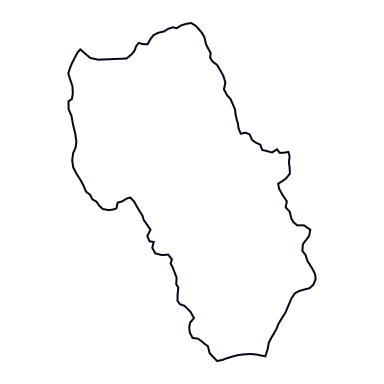 Antônio Cardoso, Bahia, Brazil (Natural Earth projection)
{"feature_id": "56859067B95961729837153", "entity_name": "Antônio Cardoso", "entity_type": "district", "adm_level": 2, "iso_a3": "BRA", "parent_name": "Brazil", "parent_adm1": "Bahia", "projection": "natural_earth1", "projection_center": [-39.143, -12.384], "detail": "fine", "context": "isolated", "style": "outline", "palette": "ink", "viewbox_px": 384, "rotation_deg": 0, "n_neighbors": 0, "source": "geoboundaries", "source_scale": "gbopen_adm2", "svg_char_len": 2223}
<svg xmlns="http://www.w3.org/2000/svg" viewBox="0 0 384 384"><path d="M310.3,229.7L303.9,225.3L297.1,225.3L293.5,222.2L291.3,218.5L289.7,211.8L285.7,207.3L286.8,201.3L282.4,194.7L279.0,188.5L278.2,183.6L281.8,181.5L286.0,178.5L289.9,173.6L289.6,167.3L288.9,162.4L289.6,156.2L288.3,151.9L283.6,152.8L279.6,152.8L277.0,149.3L272.0,152.5L266.4,150.9L262.2,150.0L260.3,144.7L255.4,142.4L251.9,139.7L249.7,134.5L245.6,132.7L240.7,133.7L238.5,128.1L237.9,123.5L236.5,118.8L235.5,114.1L235.1,109.7L233.1,104.9L230.5,99.0L227.1,95.3L223.9,89.3L225.4,82.7L223.3,75.8L220.1,70.0L217.1,65.0L212.5,61.5L210.1,57.5L210.7,53.2L208.4,49.0L206.0,44.1L204.4,37.3L202.0,32.9L198.8,29.2L195.8,25.9L191.2,23.0L186.0,23.9L181.0,25.5L176.7,28.2L172.9,27.3L168.2,28.8L163.9,31.5L158.1,32.8L153.5,35.2L150.7,38.6L147.5,44.3L142.3,44.0L138.8,42.9L136.1,46.2L134.6,50.6L131.8,54.1L126.6,58.5L98.4,59.7L90.3,58.0L80.3,49.4L77.7,52.3L74.9,57.5L71.9,63.4L69.9,68.3L68.3,73.6L70.1,79.2L72.5,86.5L72.8,93.7L71.9,99.0L68.5,101.3L68.6,109.2L71.5,116.0L72.7,122.8L73.7,127.4L75.3,134.0L76.4,141.8L75.7,147.2L73.1,153.3L72.2,160.3L73.2,167.3L76.5,173.8L80.3,179.7L83.7,185.9L85.9,191.5L90.3,195.0L92.3,199.3L96.5,201.7L98.8,205.2L102.7,209.0L108.5,210.1L112.8,209.6L116.4,208.4L117.6,202.7L122.4,201.3L126.4,198.7L130.2,197.5L134.0,201.4L137.5,207.6L140.2,212.1L142.5,215.7L143.7,219.9L146.4,223.8L150.5,229.8L147.3,235.9L149.5,241.3L153.7,242.0L152.3,247.8L155.3,253.4L162.1,255.1L168.2,254.6L171.9,259.4L170.6,263.4L172.7,267.4L174.8,272.9L176.6,277.7L176.2,284.1L178.3,287.6L177.6,294.4L177.5,300.9L179.9,304.2L184.6,305.9L190.4,311.7L194.0,318.1L190.1,322.6L189.2,327.5L189.8,332.6L192.6,338.0L197.8,338.6L201.8,341.4L204.8,344.0L207.9,346.2L209.6,353.1L213.3,357.1L217.1,361.0L222.6,359.9L226.0,358.5L231.3,356.9L236.7,355.4L242.4,354.5L250.5,354.0L256.4,354.5L260.5,355.4L265.4,356.3L267.6,349.3L268.9,342.4L271.6,337.3L274.2,333.0L276.8,328.2L278.4,324.0L281.4,318.9L285.6,312.3L288.5,305.3L291.5,298.3L294.9,293.3L298.9,291.1L303.5,289.7L309.5,288.2L313.3,284.8L315.7,279.0L315.0,274.1L312.9,269.7L309.7,264.4L307.5,261.1L305.5,254.9L302.4,250.9L302.9,244.1L306.7,239.2L309.1,235.9L310.3,229.7Z" fill="none" stroke="#020617" stroke-width="2"/></svg>